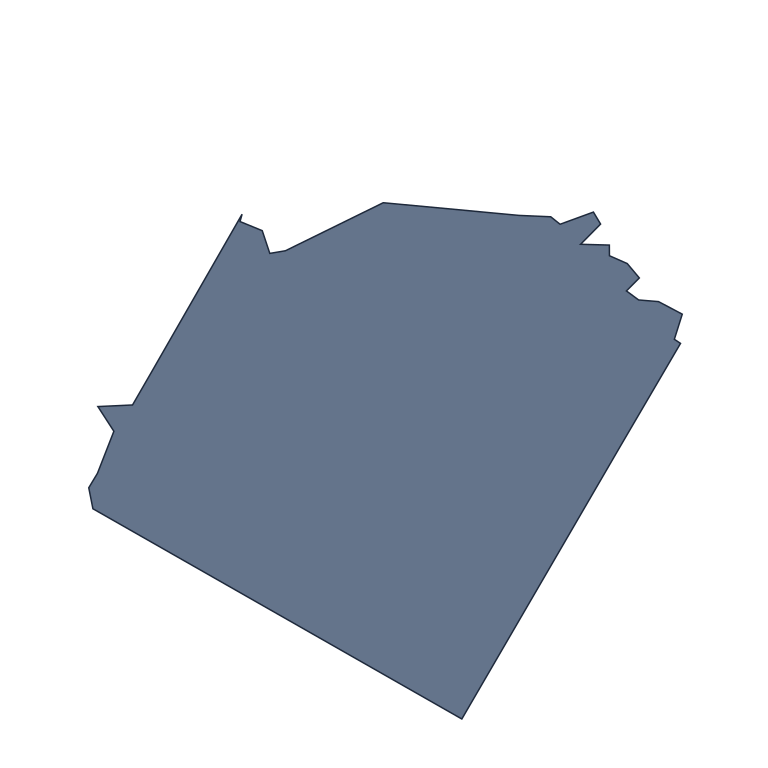 the district of Upshur, Texas, United States of America, rotated 210°
{"feature_id": "52423323B81614927564615", "entity_name": "Upshur", "entity_type": "district", "adm_level": 2, "iso_a3": "USA", "parent_name": "United States of America", "parent_adm1": "Texas", "projection": "equal_earth", "projection_center": [-94.917, 32.71], "detail": "fine", "context": "isolated", "style": "filled", "palette": "slate", "viewbox_px": 768, "rotation_deg": 210, "n_neighbors": 0, "source": "geoboundaries", "source_scale": "gbopen_adm2", "svg_char_len": 567}
<svg xmlns="http://www.w3.org/2000/svg" viewBox="0 0 768 768"><g transform="rotate(210 384 384)"><path d="M591.8,460.1L591.3,275.9L591.3,240.1L620.5,221.4L594.3,208.0L587.5,163.4L587.8,146.5L573.7,130.4L149.1,132.8L148.2,448.6L147.5,567.4L154.9,567.9L160.6,593.6L187.5,592.6L205.5,584.1L220.6,585.8L215.9,603.5L233.5,609.9L252.9,607.8L258.3,617.0L283.6,603.3L276.4,630.8L288.6,637.6L311.3,610.5L311.6,610.4L323.2,612.2L351.4,597.5L475.3,540.6L536.0,450.1L548.2,440.0L566.1,455.9L589.9,452.7L591.8,460.1Z" fill="#64748b" stroke="#1e293b" stroke-width="1.5"/></g></svg>